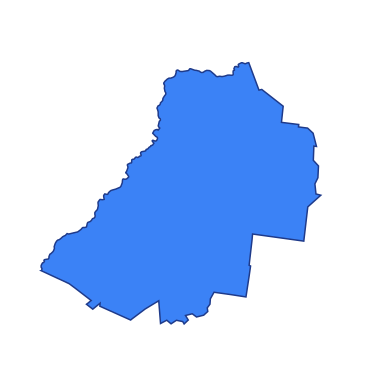 Grafton, New Hampshire, United States of America (Natural Earth projection), rotated 16°
{"feature_id": "52423323B26223057606715", "entity_name": "Grafton", "entity_type": "district", "adm_level": 2, "iso_a3": "USA", "parent_name": "United States of America", "parent_adm1": "New Hampshire", "projection": "natural_earth1", "projection_center": [-72.019, 43.968], "detail": "fine", "context": "isolated", "style": "filled", "palette": "blue", "viewbox_px": 384, "rotation_deg": 16, "n_neighbors": 0, "source": "geoboundaries", "source_scale": "gbopen_adm2", "svg_char_len": 4067}
<svg xmlns="http://www.w3.org/2000/svg" viewBox="0 0 384 384"><g transform="rotate(16 192 192)"><path d="M210.9,52.0L210.3,52.3L209.1,53.0L208.5,53.6L207.7,54.1L204.6,53.9L203.8,54.2L201.7,56.1L201.4,56.6L201.4,57.1L202.3,58.5L202.2,59.0L201.4,59.3L200.0,59.1L199.0,59.5L198.6,59.8L198.3,61.8L198.4,62.1L199.1,62.8L199.2,63.1L199.0,63.4L198.4,63.9L198.2,64.3L198.5,65.6L199.1,67.2L199.2,67.6L199.0,68.2L198.7,68.5L197.5,69.0L195.7,69.3L193.9,69.9L192.8,70.7L191.1,71.8L189.0,72.8L186.7,73.1L184.7,74.1L184.0,74.2L183.2,74.0L181.7,73.1L176.5,70.7L175.3,70.5L172.7,71.0L170.8,72.5L169.8,73.9L168.2,74.5L167.3,74.5L165.7,73.8L162.5,73.9L161.2,74.2L156.7,73.9L155.8,74.3L155.3,75.9L154.8,76.4L151.3,78.0L149.4,78.9L148.2,79.2L147.1,79.4L145.4,78.8L144.6,78.7L143.6,79.4L143.4,80.3L143.8,80.9L143.8,83.8L143.7,84.7L143.5,85.3L142.6,86.6L142.1,87.0L140.2,88.4L138.5,88.9L137.1,90.3L135.4,93.1L134.8,95.1L135.2,96.0L135.6,96.1L136.5,97.6L136.8,99.9L138.3,102.8L139.3,103.7L139.7,104.6L139.8,105.5L139.1,107.1L138.4,109.5L138.3,110.5L138.6,111.8L138.6,112.1L138.5,112.4L137.1,115.1L137.3,115.8L137.0,117.1L136.8,117.6L135.9,118.3L135.6,118.7L135.2,121.0L136.4,122.6L137.4,124.3L138.5,128.0L139.9,129.9L141.2,130.3L141.7,131.2L141.8,131.5L141.8,131.9L141.1,133.0L141.1,133.3L141.3,137.8L142.4,138.9L143.3,139.3L143.4,139.6L142.4,141.8L142.1,141.8L141.6,141.5L141.3,141.5L140.2,142.0L138.7,143.3L138.1,145.8L138.1,146.4L141.9,148.6L142.6,148.7L143.6,149.1L144.0,149.6L144.1,150.3L143.9,151.8L143.6,152.4L143.3,152.8L142.8,153.1L141.8,153.2L140.2,153.0L139.9,153.2L139.6,153.8L140.0,154.3L141.9,155.6L141.2,157.8L139.7,158.8L139.7,159.5L138.4,160.9L137.7,162.6L137.5,162.9L137.1,163.1L136.2,163.8L136.1,165.1L135.2,165.8L133.0,166.9L132.4,167.3L132.0,167.9L131.8,168.3L131.9,169.0L132.9,170.5L133.0,171.1L132.8,171.5L131.9,172.0L131.7,172.1L131.4,172.5L131.3,173.0L130.4,173.8L129.1,173.8L128.7,173.8L128.2,174.2L127.9,174.6L127.8,175.3L127.0,176.6L126.1,176.8L125.3,177.5L125.4,178.6L125.8,180.2L125.7,180.7L124.4,181.4L122.4,183.3L122.5,184.1L123.4,185.4L123.7,186.4L123.5,189.3L123.4,190.3L123.0,191.3L123.0,191.7L123.1,191.9L123.9,192.1L126.4,194.1L126.9,194.7L127.0,195.1L125.6,197.4L125.2,197.7L123.9,198.3L122.8,198.3L122.2,198.5L121.9,199.0L121.9,199.7L122.4,202.2L122.4,202.7L122.1,206.0L121.8,206.8L121.4,207.4L117.8,210.3L115.3,211.8L113.7,212.9L112.6,214.4L111.9,215.8L111.7,217.2L111.3,217.6L109.7,217.9L108.8,217.8L108.6,218.2L108.3,218.7L108.1,220.0L108.5,221.1L109.0,222.0L109.3,222.6L109.6,223.3L107.8,224.2L106.6,224.3L105.7,224.5L105.3,225.2L104.5,227.5L104.6,228.3L105.7,231.0L105.9,234.5L105.6,235.6L104.9,236.8L104.4,238.1L104.3,238.7L104.8,240.3L105.4,241.4L105.6,242.8L105.2,243.9L103.7,245.1L103.1,247.1L102.5,248.1L102.1,248.6L100.4,249.8L100.1,250.4L100.0,251.1L100.2,254.6L99.5,255.2L98.7,255.7L97.2,256.1L96.8,256.3L96.3,257.0L95.8,258.2L95.4,258.9L93.1,261.9L90.0,263.6L85.1,266.4L83.4,266.4L82.2,268.7L81.2,269.5L79.9,270.8L79.4,271.8L78.1,273.7L77.4,274.5L76.2,275.2L75.4,276.5L74.8,278.7L74.7,279.7L74.6,282.7L75.0,283.4L75.3,284.3L75.2,285.6L75.0,287.1L74.6,288.0L73.3,290.2L72.8,290.6L72.5,291.3L72.3,293.5L72.6,294.4L72.5,295.6L72.2,296.1L70.4,296.9L69.2,297.5L68.7,297.9L68.6,298.2L68.6,298.8L69.2,299.3L69.2,299.5L68.8,300.7L67.9,301.3L67.4,303.1L67.3,304.6L67.8,306.0L68.6,306.6L68.9,307.1L68.9,307.3L69.1,308.4L68.9,309.0L68.6,309.2L99.2,314.0L108.6,317.6L125.0,324.1L121.5,329.0L128.9,332.0L134.3,324.2L134.9,327.2L168.3,332.0L169.4,330.4L179.2,317.4L190.0,305.7L198.0,327.1L203.1,322.2L208.2,324.5L212.4,319.6L218.8,319.1L220.8,321.0L223.7,316.1L219.8,312.5L225.8,309.0L230.8,310.9L237.2,307.2L240.1,302.5L238.6,299.2L240.2,294.9L239.1,289.6L240.8,282.3L257.7,279.9L272.8,278.0L270.2,257.9L268.7,247.0L267.1,246.7L262.9,221.4L261.8,215.7L313.0,208.4L308.5,181.1L307.4,174.4L316.7,159.6L311.7,159.7L307.9,150.3L309.1,143.6L306.4,132.1L299.9,128.1L296.5,114.3L299.1,113.9L292.2,102.1L285.5,98.7L276.4,100.1L276.0,97.7L258.8,100.4L256.0,84.4L230.8,74.2L228.3,75.6L210.9,52.0Z" fill="#3b82f6" stroke="#1e3a8a" stroke-width="1.5"/></g></svg>